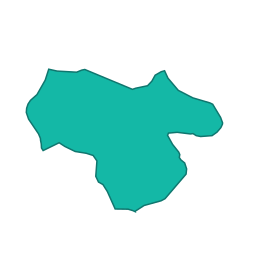 map outline of Kohgiluyeh and Buyer Ahmad (Albers equal-area conic projection), rotated 341°
{"feature_id": "IRN-3209", "entity_name": "Kohgiluyeh and Buyer Ahmad", "entity_type": "Province", "adm_level": 1, "iso_a3": "IRN", "parent_name": "Iran", "parent_adm1": "", "projection": "albers", "projection_center": [50.792, 30.816], "detail": "fine", "context": "isolated", "style": "filled", "palette": "teal", "viewbox_px": 256, "rotation_deg": 341, "n_neighbors": 0, "source": "natural_earth", "source_scale": "10m", "svg_char_len": 963}
<svg xmlns="http://www.w3.org/2000/svg" viewBox="0 0 256 256"><g transform="rotate(341 128 128)"><path d="M181.2,85.8L182.0,93.9L187.8,108.8L199.1,120.6L213.7,131.0L215.8,133.1L219.0,148.2L219.1,154.0L218.5,155.2L215.9,157.9L210.8,160.9L205.0,162.6L193.9,159.7L190.0,157.4L187.7,154.5L185.0,153.9L173.1,148.1L164.6,146.0L163.0,147.8L164.8,158.0L168.1,167.3L168.3,170.0L166.9,172.6L167.6,175.3L170.2,179.5L170.1,185.8L167.9,190.5L140.0,206.9L135.6,207.6L118.0,206.5L107.5,209.1L107.5,209.4L105.7,207.7L101.7,204.8L89.5,200.4L87.8,181.4L85.9,173.3L82.5,169.5L81.8,163.2L87.9,149.0L86.1,142.6L80.3,138.3L70.4,133.0L62.3,124.9L58.1,119.5L40.4,121.7L39.7,118.7L40.8,114.8L41.3,111.2L41.8,109.3L41.5,104.4L36.9,87.3L36.9,80.2L38.6,76.3L41.3,72.8L44.8,70.1L52.8,66.8L65.3,55.8L72.2,46.6L79.5,51.1L97.6,58.5L103.1,58.2L106.2,58.6L144.8,92.9L148.3,92.9L160.2,94.4L165.8,91.5L170.9,86.9L177.7,85.6L181.2,85.8Z" fill="#14b8a6" stroke="#0f766e" stroke-width="1.5"/></g></svg>